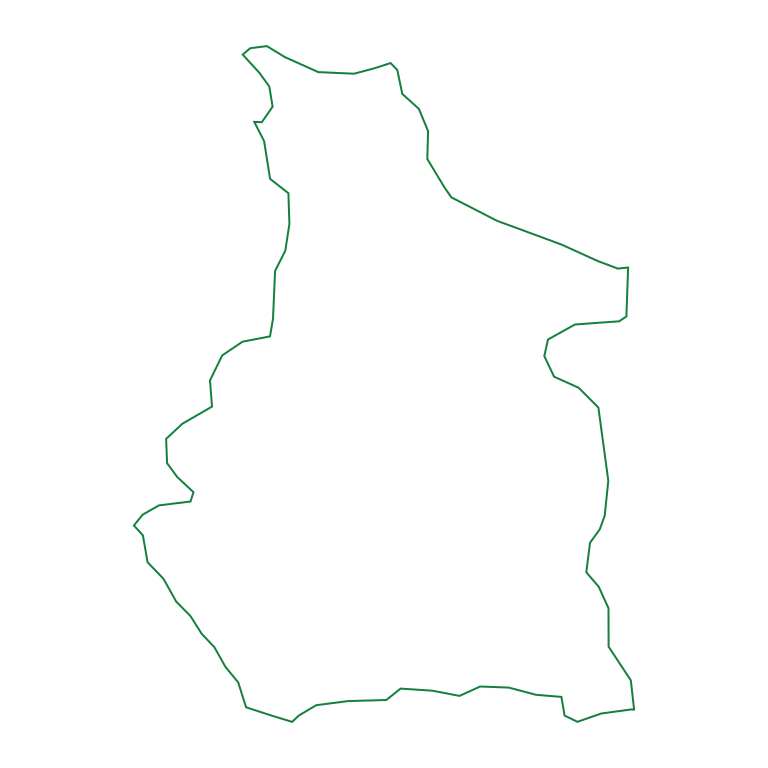 Filipstad, Värmland, Sweden (Natural Earth projection)
{"feature_id": "70781695B88737594548437", "entity_name": "Filipstad", "entity_type": "district", "adm_level": 2, "iso_a3": "SWE", "parent_name": "Sweden", "parent_adm1": "Värmland", "projection": "natural_earth1", "projection_center": [14.17, 59.924], "detail": "fine", "context": "isolated", "style": "outline", "palette": "green", "viewbox_px": 768, "rotation_deg": 0, "n_neighbors": 0, "source": "geoboundaries", "source_scale": "gbopen_adm2", "svg_char_len": 1253}
<svg xmlns="http://www.w3.org/2000/svg" viewBox="0 0 768 768"><path d="M254.3,121.9L264.1,141.1L270.1,178.9L288.4,193.2L289.4,223.9L285.3,250.7L275.1,270.9L273.0,318.7L270.0,336.4L242.5,341.7L222.2,355.4L210.0,380.4L212.0,406.6L182.4,423.7L166.1,438.9L167.1,463.2L177.3,477.1L193.5,492.2L190.5,501.5L158.9,505.4L142.6,514.7L133.9,525.5L142.9,535.4L147.6,562.3L163.5,578.8L176.2,601.6L190.5,616.1L201.6,633.7L214.3,647.1L225.4,666.8L238.2,682.4L246.1,707.3L271.6,715.6L292.2,721.9L298.7,715.6L316.2,705.2L348.0,701.1L386.3,700.0L400.6,688.6L432.4,690.7L459.5,695.9L480.2,686.5L508.9,687.6L536.0,694.8L561.4,696.9L564.6,715.6L577.4,721.8L601.3,713.5L631.5,709.4L634.1,709.6L630.8,680.3L608.6,646.7L608.5,608.3L598.7,586.7L586.3,572.3L590.0,542.8L599.8,529.3L604.7,515.7L608.3,480.7L598.4,407.6L578.7,387.8L554.1,376.7L544.3,356.1L548.0,339.5L574.9,324.5L619.1,321.3L626.4,316.5L628.1,267.5L617.9,268.6L597.9,261.1L561.3,244.5L528.0,232.2L497.2,220.9L451.4,197.4L444.7,187.8L427.3,159.0L428.1,131.2L418.9,108.9L402.3,93.9L397.3,70.0L390.6,63.1L389.9,63.3L374.0,68.4L354.1,73.7L318.3,72.1L285.1,57.2L266.8,46.1L250.2,48.2L242.9,54.4L242.7,54.6L259.3,72.7L269.3,86.5L272.6,106.7L261.8,122.2L254.3,121.9Z" fill="none" stroke="#15803d" stroke-width="2"/></svg>